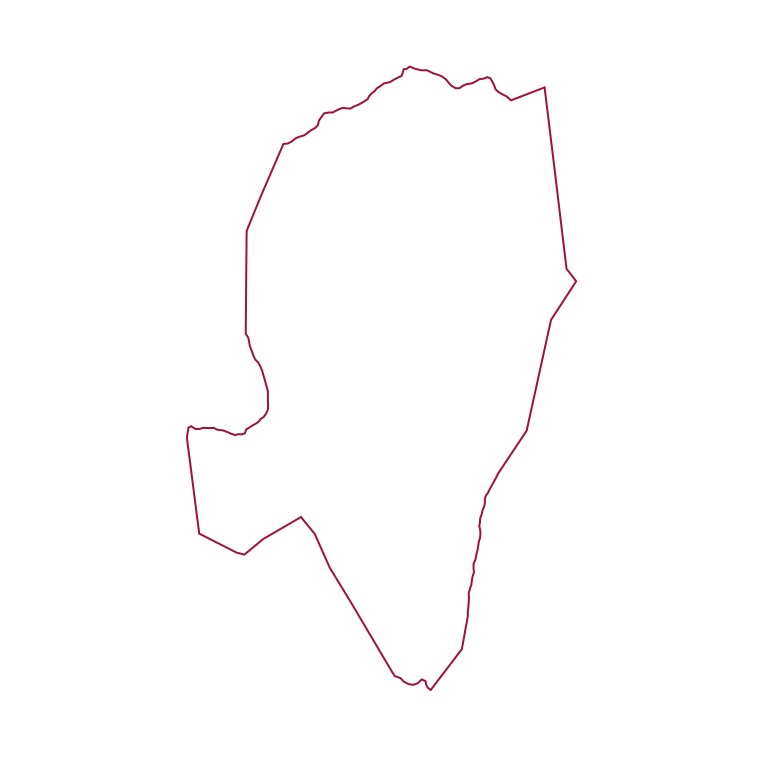 outline of Ourolândia, Bahia, Brazil, rotated 261°
{"feature_id": "56859067B69370419273118", "entity_name": "Ourolândia", "entity_type": "district", "adm_level": 2, "iso_a3": "BRA", "parent_name": "Brazil", "parent_adm1": "Bahia", "projection": "orthographic", "projection_center": [-41.124, -10.833], "detail": "fine", "context": "isolated", "style": "outline", "palette": "rose", "viewbox_px": 768, "rotation_deg": 261, "n_neighbors": 0, "source": "geoboundaries", "source_scale": "gbopen_adm2", "svg_char_len": 2254}
<svg xmlns="http://www.w3.org/2000/svg" viewBox="0 0 768 768"><g transform="rotate(261 384 384)"><path d="M636.8,322.2L589.5,292.2L556.9,272.4L550.9,271.3L455.3,255.3L450.9,257.2L446.6,257.4L442.7,257.4L438.8,258.2L434.6,259.1L431.3,259.7L427.8,260.9L425.2,263.0L421.9,264.3L416.2,265.7L407.6,266.8L395.0,268.2L386.3,266.8L380.5,266.1L376.8,265.3L373.0,262.8L370.2,259.9L368.7,256.7L365.9,253.6L363.9,248.4L360.6,240.8L357.1,238.9L356.4,235.7L357.2,232.7L356.9,229.0L358.8,225.1L361.1,221.7L363.4,217.6L364.9,212.2L367.2,209.2L367.8,204.5L368.9,199.1L368.5,194.1L369.2,190.6L372.5,186.9L371.4,184.0L368.4,183.1L363.7,181.4L359.5,180.8L343.3,180.4L282.8,178.6L265.1,178.1L240.7,211.8L237.3,219.3L243.3,229.5L246.3,234.6L249.8,240.5L265.6,281.2L246.6,292.2L225.6,297.8L211.3,301.6L172.4,317.6L98.5,346.9L93.9,349.0L90.8,354.4L87.1,356.8L83.8,361.2L82.3,365.6L83.1,370.3L86.3,375.1L83.9,378.6L80.6,378.6L77.3,379.6L74.5,382.3L109.9,419.4L141.3,430.4L146.5,431.3L150.6,432.5L154.4,433.3L159.0,434.4L164.3,435.0L168.5,437.0L172.2,438.9L175.7,439.9L180.1,441.4L183.9,443.4L188.1,443.6L192.6,444.4L196.2,446.8L201.4,448.7L206.2,450.7L210.3,452.0L213.7,453.1L216.8,454.7L220.4,455.7L224.5,456.2L229.0,455.9L232.1,457.1L236.3,458.0L239.8,460.0L243.5,461.4L247.4,463.8L250.4,465.0L254.2,465.5L257.7,467.1L260.0,469.5L263.9,472.2L274.1,480.2L277.6,482.6L315.6,517.6L421.2,559.0L455.4,589.9L469.2,582.3L569.8,586.1L651.8,589.0L644.3,553.8L649.1,549.8L651.4,546.5L654.6,542.6L657.6,540.3L661.4,539.6L665.4,538.4L669.3,536.9L670.9,534.0L670.0,530.2L670.2,526.0L668.8,522.9L667.2,518.0L667.2,512.3L666.2,508.5L664.4,504.8L664.9,501.1L667.9,497.4L671.4,495.0L674.9,493.1L678.7,489.4L681.2,485.3L682.6,482.2L685.0,478.6L687.2,475.4L687.9,470.2L690.3,464.3L693.5,459.0L691.7,455.8L691.8,452.7L688.5,451.2L685.5,449.5L684.3,445.1L682.9,441.1L681.2,437.0L680.9,430.9L678.7,426.8L677.1,423.1L674.9,420.8L672.9,417.1L670.5,414.2L667.8,412.3L666.0,408.0L663.8,402.4L662.8,397.6L661.3,394.2L662.1,390.3L663.2,386.4L662.5,382.9L661.4,379.3L660.2,375.6L660.8,372.2L660.7,367.3L656.8,363.3L654.3,360.9L650.1,359.3L647.6,356.0L645.9,351.2L643.8,347.6L642.0,343.7L641.5,339.2L640.5,335.2L637.8,330.5L636.6,326.7L636.8,322.2Z" fill="none" stroke="#9f1239" stroke-width="2"/></g></svg>